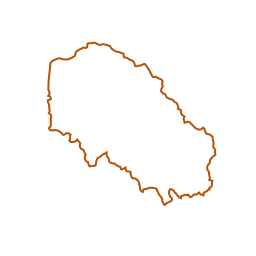 the district of Antonina, Paraná, Brazil, rotated 136°
{"feature_id": "56859067B44951907355008", "entity_name": "Antonina", "entity_type": "district", "adm_level": 2, "iso_a3": "BRA", "parent_name": "Brazil", "parent_adm1": "Paraná", "projection": "natural_earth1", "projection_center": [-48.714, -25.296], "detail": "fine", "context": "isolated", "style": "outline", "palette": "amber", "viewbox_px": 256, "rotation_deg": 136, "n_neighbors": 0, "source": "geoboundaries", "source_scale": "gbopen_adm2", "svg_char_len": 3411}
<svg xmlns="http://www.w3.org/2000/svg" viewBox="0 0 256 256"><g transform="rotate(136 128 128)"><path d="M155.3,47.4L153.6,46.8L152.4,47.2L150.8,46.5L147.3,45.5L145.8,46.0L145.0,47.9L145.4,49.3L144.1,52.2L142.9,53.6L140.4,54.8L139.1,53.4L138.7,50.9L139.2,49.2L138.9,47.8L139.4,45.6L139.2,44.0L139.6,42.7L138.6,40.7L137.2,42.1L135.8,41.3L133.3,40.3L132.4,38.8L131.0,38.3L131.3,35.1L129.7,34.3L127.0,34.4L124.5,32.4L121.7,32.3L121.9,29.8L121.0,28.6L120.4,27.1L118.4,28.8L116.4,28.2L115.2,27.7L113.1,27.9L112.0,27.1L111.1,28.4L108.9,27.9L107.7,28.2L106.8,29.4L104.0,31.4L105.6,34.2L103.6,35.4L102.5,37.5L100.5,39.8L99.7,43.0L98.8,44.3L97.9,45.1L95.6,46.0L94.4,46.0L93.1,46.3L90.8,48.2L87.0,48.5L84.0,48.0L83.0,48.8L82.3,50.2L80.4,51.7L79.9,55.2L76.6,57.9L75.4,60.2L73.3,62.9L73.4,65.8L75.7,69.9L73.6,74.5L73.7,76.1L76.0,76.0L78.2,77.7L79.0,79.3L79.6,81.5L79.7,89.7L80.7,91.0L83.6,92.5L82.2,94.8L81.5,96.2L79.4,97.0L79.9,99.4L79.7,101.6L78.7,102.9L77.5,103.8L77.9,105.2L78.8,107.2L77.3,108.0L76.5,109.7L75.6,112.2L76.5,114.8L76.2,116.6L76.9,118.6L77.8,120.1L78.9,122.9L78.4,124.2L77.8,127.0L78.9,128.6L78.6,131.7L76.3,133.2L74.8,133.4L73.5,134.4L73.1,135.7L72.2,136.7L70.7,137.4L70.3,139.9L71.0,141.3L71.8,143.1L72.4,145.6L74.6,147.1L74.5,148.8L74.0,150.4L73.5,151.8L72.9,153.7L72.4,155.4L72.1,157.6L71.7,159.5L71.4,162.4L73.3,163.6L74.9,163.9L76.0,164.5L77.0,165.4L78.7,166.3L79.8,167.5L79.0,169.3L78.3,170.3L77.9,172.5L78.5,174.8L79.4,175.8L79.6,177.7L80.0,179.3L80.8,180.3L81.8,181.6L81.0,183.0L79.5,184.5L80.8,186.5L81.4,188.2L83.0,190.8L83.8,192.0L84.1,193.6L84.4,195.1L84.7,196.9L84.0,199.6L84.7,200.9L86.1,203.3L87.3,205.3L88.5,206.1L90.6,207.2L91.2,208.5L91.7,210.0L92.2,211.4L93.5,213.3L95.2,214.2L96.9,215.8L98.6,216.8L100.4,215.2L101.5,214.5L102.9,215.0L104.4,217.1L106.0,217.3L107.9,218.0L110.8,218.8L112.7,218.8L114.6,217.6L116.2,216.8L119.6,217.5L120.8,218.0L123.5,219.0L126.8,222.2L127.8,224.1L128.9,225.9L130.8,227.0L135.2,228.6L137.7,228.9L139.2,228.1L152.5,216.9L158.8,210.8L159.3,208.8L161.2,206.8L163.0,206.5L162.2,205.2L162.6,203.5L163.6,202.3L166.3,203.6L167.6,202.3L168.1,200.7L168.8,199.3L169.9,198.2L170.6,197.1L171.7,195.8L172.6,194.5L174.6,193.8L174.3,191.3L174.8,190.1L175.9,188.9L177.2,188.6L178.1,187.0L179.5,186.2L180.8,184.3L182.4,182.9L184.9,182.9L185.7,180.7L184.4,179.3L183.5,178.1L182.0,177.4L180.6,175.3L179.7,173.9L179.4,170.3L179.5,168.3L178.4,167.5L177.1,167.2L175.7,167.0L174.3,165.1L173.9,163.1L175.2,162.5L177.4,160.2L179.1,159.5L178.8,157.6L177.3,156.0L175.4,155.2L174.2,154.7L172.6,155.0L172.8,152.3L172.9,150.2L174.0,149.6L175.7,148.0L176.1,145.1L175.2,143.2L176.4,140.7L176.8,138.4L178.0,137.9L179.3,137.1L180.6,135.4L181.2,133.4L180.4,131.3L181.5,129.5L182.2,128.1L182.0,126.6L180.7,126.3L179.1,124.5L177.3,123.6L175.0,125.2L173.3,126.5L170.4,127.6L168.7,126.7L166.1,126.5L164.7,126.5L163.3,125.9L160.4,125.3L161.8,124.0L163.0,121.4L163.2,119.5L165.0,116.4L164.3,114.4L163.4,112.8L162.4,112.0L162.3,110.2L161.9,108.2L161.3,106.7L160.5,105.3L161.7,103.2L160.7,102.3L157.3,101.2L158.5,99.9L159.1,97.7L156.6,94.8L158.1,93.1L159.4,90.5L159.7,88.7L158.3,87.4L157.6,85.6L157.4,83.5L158.0,80.9L159.2,80.0L159.4,78.5L160.7,76.8L161.8,75.8L162.3,73.5L161.9,71.7L159.2,73.1L156.9,71.2L155.1,70.7L153.9,69.8L152.1,68.3L150.8,66.4L149.6,64.4L150.8,62.2L151.3,60.1L152.0,58.5L152.0,56.3L152.5,53.4L154.1,51.5L155.3,47.4Z" fill="none" stroke="#b45309" stroke-width="2"/></g></svg>